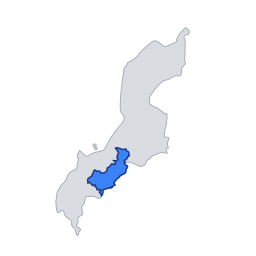 Mzimba on a map of Malawi (Mercator projection), rotated 224°
{"feature_id": "MWI-1900", "entity_name": "Mzimba", "entity_type": "District", "adm_level": 1, "iso_a3": "MWI", "parent_name": "Malawi", "parent_adm1": "", "projection": "mercator", "projection_center": [33.7, -11.843], "detail": "fine", "context": "in_parent", "style": "filled", "palette": "blue", "viewbox_px": 256, "rotation_deg": 224, "n_neighbors": 0, "source": "natural_earth", "source_scale": "10m", "svg_char_len": 6516}
<svg xmlns="http://www.w3.org/2000/svg" viewBox="0 0 256 256"><g transform="rotate(224 128 128)"><path d="M97.4,149.0L95.9,146.8L94.7,147.4L92.9,148.9L92.0,149.3L91.5,149.2L91.2,148.8L90.8,147.9L89.5,145.2L88.0,143.2L86.4,142.5L85.1,141.6L85.7,140.7L86.3,140.1L86.0,139.5L85.3,138.6L82.5,137.2L82.4,136.6L84.9,135.5L86.5,134.1L87.5,132.7L88.9,129.8L90.0,126.9L90.8,126.0L91.1,124.1L90.9,121.9L91.5,119.2L91.7,116.5L90.9,115.5L90.2,113.8L91.0,110.8L92.3,108.7L98.6,106.6L103.0,104.7L103.9,103.8L105.4,102.2L106.2,100.5L105.6,100.1L102.2,100.0L101.4,99.4L98.9,93.7L100.2,87.2L100.4,84.7L100.3,81.5L99.9,79.2L98.8,78.3L98.1,77.0L98.3,73.6L99.3,73.2L101.5,68.8L102.5,66.1L101.3,64.0L100.0,61.1L99.5,59.1L99.1,58.5L100.0,57.3L101.5,56.2L103.1,55.9L104.9,55.3L110.4,49.8L110.5,48.7L109.5,46.9L107.4,44.1L106.9,42.9L106.7,39.6L105.9,38.6L102.9,36.3L100.5,33.9L101.3,31.5L101.7,28.9L100.5,27.4L98.8,25.9L97.8,23.7L97.3,22.1L95.9,21.4L94.7,21.4L93.8,22.4L92.8,22.3L91.6,22.0L91.2,20.6L91.2,19.0L90.3,18.0L89.6,16.6L89.5,15.8L90.0,15.6L91.0,15.4L95.4,18.3L98.1,18.5L101.1,19.0L103.6,21.6L105.0,21.9L106.7,21.5L111.5,21.3L113.4,21.6L115.9,23.1L116.9,23.3L118.4,23.4L118.7,23.0L118.9,22.1L118.6,20.3L119.0,19.4L119.9,18.3L122.5,19.5L129.1,25.1L129.3,25.8L133.5,31.3L134.9,33.7L134.9,34.9L136.2,39.7L136.4,42.0L136.2,43.7L136.2,45.1L136.7,47.1L136.5,47.9L138.0,50.8L138.8,53.2L138.9,55.6L138.5,57.9L137.2,61.3L136.9,62.7L137.2,63.9L138.1,65.3L139.5,66.7L140.6,68.5L141.3,70.5L141.9,71.5L142.7,71.4L144.1,71.7L145.2,72.9L146.5,75.0L147.0,77.3L147.2,78.3L143.4,78.2L138.7,78.6L137.5,79.5L137.2,81.5L135.7,85.7L134.9,87.2L133.1,90.0L130.7,94.0L130.2,95.2L130.2,96.6L131.7,101.9L133.2,107.6L133.7,109.8L134.8,117.3L135.4,122.6L135.5,125.7L136.0,129.9L137.3,132.2L138.8,133.6L144.1,134.5L145.7,135.5L148.7,138.2L155.3,145.6L159.0,150.3L162.2,154.4L167.9,162.2L172.3,168.2L172.9,173.8L173.6,174.6L172.1,178.8L171.1,185.6L171.8,190.1L171.5,197.8L170.7,205.9L169.7,208.9L168.4,210.0L165.3,210.9L158.5,211.9L157.5,212.9L156.6,214.4L155.2,218.2L153.6,222.0L153.1,223.7L153.4,224.1L154.8,226.0L156.3,231.0L156.5,239.5L156.0,240.2L154.0,240.6L151.9,240.4L151.0,240.0L150.2,239.0L149.6,237.2L151.0,235.9L151.5,233.7L150.6,231.8L148.8,231.3L146.4,229.6L141.5,223.9L137.4,219.9L135.0,216.6L132.5,215.2L131.8,214.4L131.2,213.0L131.2,211.0L131.4,209.5L130.7,207.9L128.2,205.3L127.1,203.9L127.0,202.1L128.0,200.5L130.2,198.5L131.8,194.4L132.3,191.8L135.3,186.5L135.8,181.9L135.8,178.3L135.6,175.5L134.9,169.9L134.3,166.0L130.6,161.0L129.4,160.5L125.9,160.9L122.9,161.7L121.4,162.7L119.2,162.8L113.3,163.7L111.4,164.0L110.4,165.0L109.7,165.2L106.0,161.2L102.8,157.0L98.6,149.8L97.4,149.0ZM140.4,93.7L139.4,93.9L138.8,93.4L138.9,91.8L139.3,90.7L140.3,90.6L140.9,90.9L141.4,91.4L141.4,92.2L141.1,93.0L140.4,93.7ZM138.2,90.9L137.6,92.4L136.5,92.4L135.4,91.0L135.7,90.0L136.8,89.6L137.7,90.0L138.2,90.9Z" fill="#d9dde1" stroke="#a8b0b8" stroke-width="1"/><path d="M99.2,73.8L99.5,73.4L99.5,73.0L99.4,72.7L99.5,72.3L99.6,72.1L100.0,71.9L100.2,71.6L100.1,71.3L100.2,71.1L102.2,68.0L102.5,67.2L102.8,66.3L101.9,64.7L101.3,64.1L100.7,63.4L100.3,62.6L100.1,61.7L100.0,60.9L100.5,61.1L101.8,61.6L102.9,61.8L103.8,61.8L104.0,61.9L104.2,62.1L104.3,62.6L104.4,63.1L104.4,63.4L104.3,63.7L104.2,63.9L104.1,64.1L104.1,64.4L104.2,64.7L104.4,64.7L104.7,64.6L105.3,64.2L105.8,63.8L106.2,63.4L106.3,63.2L106.7,62.5L106.9,62.3L107.1,62.2L107.4,62.1L107.7,62.2L108.0,62.4L108.3,62.7L108.6,62.9L109.0,63.1L109.3,63.2L109.6,63.2L110.7,63.0L111.0,63.1L111.4,63.7L111.5,63.9L111.8,64.0L112.0,64.1L112.5,64.0L112.7,63.8L112.8,63.6L112.9,63.4L113.0,63.2L112.9,63.1L112.8,62.8L112.7,62.6L112.8,62.5L112.9,62.4L113.9,62.1L114.8,62.0L117.5,62.4L117.9,62.3L118.1,62.2L118.3,60.9L118.4,60.7L118.5,60.5L120.5,62.1L120.9,62.5L121.2,63.1L121.6,63.8L121.3,65.9L120.7,68.2L120.6,68.7L120.7,69.0L121.1,69.3L121.3,69.4L121.4,69.6L122.1,72.2L122.2,72.4L122.6,72.9L122.9,73.9L122.9,74.4L122.8,74.7L122.6,74.8L122.0,74.9L121.6,75.1L121.4,75.1L121.1,75.0L120.9,74.9L120.4,74.9L120.1,75.2L119.8,75.5L119.5,76.3L119.3,76.7L119.0,77.0L118.8,77.1L118.5,77.2L118.3,77.2L118.1,77.2L117.0,76.9L116.8,76.9L116.6,76.9L116.4,76.9L116.1,77.1L115.5,77.6L115.4,77.8L115.2,77.8L114.9,78.0L114.6,78.3L114.2,78.7L114.0,79.0L113.9,79.4L113.5,81.0L113.5,81.6L113.5,81.9L113.5,82.2L113.5,82.5L113.7,82.8L113.8,83.0L114.2,83.3L114.3,83.4L114.3,83.5L114.4,83.9L114.6,84.1L114.9,84.4L115.1,84.7L115.1,85.2L114.9,85.7L114.8,86.3L114.5,86.7L114.4,86.9L114.4,87.2L114.6,87.9L114.6,88.3L114.6,88.9L114.7,89.3L114.8,89.6L114.9,89.9L115.0,90.3L114.9,90.5L114.3,91.3L114.1,91.5L113.8,91.7L113.5,91.7L113.2,91.8L112.9,91.9L112.6,92.1L112.3,92.4L112.1,92.9L112.0,93.1L112.0,93.4L112.2,93.6L112.4,93.7L112.9,93.8L113.0,93.9L113.2,94.1L113.3,94.3L113.5,94.5L113.9,94.6L115.6,94.6L113.8,96.2L113.3,97.0L113.4,98.0L113.5,98.4L113.7,98.6L114.0,98.7L114.9,98.8L115.3,99.0L115.7,99.4L116.1,100.3L116.4,100.7L116.9,101.3L117.0,101.8L117.1,102.4L117.2,102.8L117.4,103.2L117.6,103.5L117.9,103.8L118.2,103.9L118.9,103.9L119.3,103.9L120.3,104.5L120.6,104.6L121.0,104.7L121.3,104.7L121.7,104.7L122.3,104.5L122.6,104.5L122.9,104.6L123.0,104.8L123.0,105.0L122.9,105.0L122.5,105.4L122.2,105.7L122.0,106.4L121.9,106.6L121.7,106.8L121.1,106.9L120.5,107.0L120.3,107.1L120.0,107.3L119.6,107.6L119.3,107.8L118.3,108.2L117.5,108.3L117.3,108.4L117.1,108.5L116.9,108.7L116.8,108.9L116.0,110.2L115.4,111.0L115.1,111.1L114.9,111.2L114.8,111.3L114.7,111.4L114.4,111.3L113.8,110.7L113.5,110.6L113.3,110.5L113.2,110.6L112.8,110.6L112.7,110.6L112.5,110.8L112.3,111.0L112.1,111.0L111.9,111.1L111.7,111.2L111.1,111.1L110.8,111.1L110.4,111.0L110.3,110.9L110.2,110.8L110.0,110.7L109.7,110.3L109.2,109.6L109.0,109.4L108.9,109.3L108.7,109.3L108.6,109.2L108.4,109.2L108.0,109.3L107.9,109.1L107.8,108.8L107.8,108.0L107.9,107.6L108.0,107.4L108.2,107.2L108.3,107.1L108.3,106.8L108.2,106.6L108.0,106.2L107.7,105.8L107.6,105.6L107.5,105.3L107.5,103.7L107.6,103.4L107.6,103.2L107.8,103.0L108.1,102.6L108.2,102.4L108.3,102.2L108.1,101.8L108.0,101.7L106.7,101.4L106.3,101.3L106.4,101.2L106.6,100.8L106.6,100.2L106.3,100.1L105.8,100.1L104.7,99.7L102.6,100.3L101.6,100.0L101.1,99.1L100.6,97.1L100.2,96.1L99.9,95.7L99.1,95.0L98.9,94.5L98.8,93.5L98.9,92.6L100.1,89.9L100.3,88.5L100.5,88.0L100.6,87.5L100.5,87.1L100.2,86.5L100.1,86.0L100.5,84.9L100.6,83.9L100.4,80.2L100.3,79.2L100.1,78.7L99.7,78.3L99.3,78.2L98.8,78.3L98.3,78.3L97.8,78.1L97.7,77.9L98.2,77.0L98.3,76.4L98.4,76.1L98.2,73.6L98.5,73.2L99.2,73.8Z" fill="#3b82f6" stroke="#1e3a8a" stroke-width="1.5"/></g></svg>